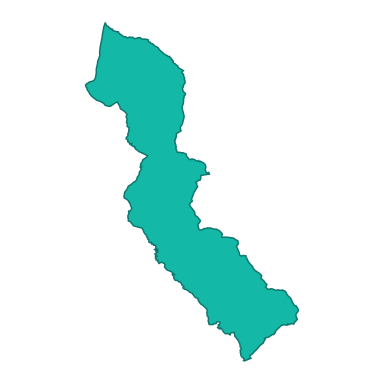 Starchiojd, Prahova, Romania (Robinson projection)
{"feature_id": "2599482B13642425667529", "entity_name": "Starchiojd", "entity_type": "district", "adm_level": 2, "iso_a3": "ROU", "parent_name": "Romania", "parent_adm1": "Prahova", "projection": "robinson", "projection_center": [26.147, 45.385], "detail": "fine", "context": "isolated", "style": "filled", "palette": "teal", "viewbox_px": 384, "rotation_deg": 0, "n_neighbors": 0, "source": "geoboundaries", "source_scale": "gbopen_adm2", "svg_char_len": 6016}
<svg xmlns="http://www.w3.org/2000/svg" viewBox="0 0 384 384"><path d="M243.5,360.4L244.2,361.0L249.9,358.7L249.7,358.4L250.9,358.2L249.7,356.5L249.7,356.0L250.7,354.9L251.9,354.4L254.2,351.8L256.7,349.5L259.8,345.6L263.2,343.1L264.2,340.7L265.3,339.3L264.6,338.2L269.0,336.9L272.2,334.6L273.5,334.6L274.7,333.5L276.0,330.6L281.3,325.5L284.1,324.7L286.9,325.2L287.6,324.8L287.8,323.8L289.0,324.7L291.3,323.5L293.7,324.1L294.9,321.7L295.5,321.6L297.3,319.2L296.0,316.2L295.9,314.2L298.0,311.5L298.4,309.7L297.4,307.8L296.5,306.9L296.4,306.1L294.2,305.3L293.2,303.3L292.6,302.8L290.8,298.3L287.3,295.1L286.1,292.4L285.0,291.1L282.4,290.0L280.6,290.4L278.3,289.9L275.7,290.3L272.1,288.8L270.2,288.9L268.3,289.5L266.1,287.6L265.6,286.8L266.5,285.8L266.8,284.1L265.7,283.7L264.4,281.5L261.2,278.4L260.9,277.3L261.6,276.5L261.5,275.4L259.6,273.5L254.8,270.3L252.8,267.6L252.8,266.9L248.6,262.2L246.0,256.8L245.9,255.8L242.5,255.5L241.3,256.1L239.6,255.0L239.2,252.6L236.4,246.0L238.3,244.1L238.0,241.1L237.4,240.5L235.3,239.6L233.6,238.1L228.1,237.3L224.3,237.1L222.6,237.4L221.9,237.2L221.8,235.9L222.3,234.4L222.1,233.5L219.5,230.8L216.6,229.2L213.7,229.1L210.3,227.9L209.1,228.2L207.8,227.7L206.4,228.4L203.7,228.7L201.5,230.2L199.8,229.8L198.6,228.6L198.0,225.6L198.0,224.3L199.7,222.3L200.5,220.7L197.1,216.5L195.5,215.7L195.3,214.9L194.7,214.4L194.8,212.5L194.0,210.9L192.9,210.1L192.8,209.4L190.8,207.1L189.5,204.9L190.4,202.9L192.4,201.0L191.6,199.6L191.6,198.8L193.6,193.8L194.0,192.2L195.4,190.5L196.0,188.9L197.7,186.7L196.8,185.5L196.8,183.8L195.8,182.4L198.4,180.5L200.3,179.9L200.9,177.4L200.6,176.0L201.0,175.4L209.4,174.1L208.7,172.4L206.9,173.1L206.5,172.9L205.2,169.7L205.9,167.1L205.2,164.5L202.7,162.3L201.6,162.1L200.6,161.3L199.5,161.7L198.6,160.5L197.6,161.1L197.0,161.1L194.4,159.6L192.3,159.0L191.4,159.0L190.5,159.6L189.3,159.4L186.6,156.2L186.0,153.9L182.7,152.7L181.6,152.9L179.7,152.3L177.3,152.3L176.5,150.6L176.6,149.8L175.8,148.6L175.8,147.9L176.4,147.0L175.6,145.8L175.8,144.7L174.6,141.2L175.2,140.6L174.9,139.5L175.7,138.8L175.7,137.4L176.4,137.0L176.4,133.7L181.1,130.8L180.5,129.3L180.3,127.3L182.3,124.1L184.1,117.1L184.0,115.6L182.5,109.8L182.1,106.8L183.1,104.1L183.6,101.1L183.5,98.4L184.2,97.4L184.0,96.2L184.2,95.7L185.3,94.8L185.5,93.6L183.4,91.6L182.8,90.3L182.5,88.0L183.5,86.6L183.3,85.1L184.1,84.4L185.2,82.4L184.7,81.5L185.0,80.6L184.2,78.9L184.6,78.1L183.4,75.6L183.6,74.5L181.5,72.3L181.7,71.8L182.3,71.7L183.4,70.6L177.8,67.4L178.0,66.4L177.3,65.5L176.4,65.1L175.3,63.9L173.7,63.2L173.0,62.5L173.4,61.5L172.6,60.0L171.4,59.8L171.5,58.5L170.0,57.6L169.7,56.5L167.9,56.5L167.4,55.7L164.4,54.2L159.1,49.5L158.8,48.6L158.0,47.6L154.9,46.0L152.7,43.9L150.9,43.3L150.1,42.2L148.8,42.1L148.3,39.9L147.9,39.6L144.2,39.0L142.8,39.2L141.3,38.7L140.0,37.5L138.7,37.9L137.8,37.6L137.0,38.2L134.7,38.7L132.5,37.2L131.7,37.5L129.4,37.0L128.3,37.8L127.4,37.9L126.7,37.7L126.0,36.8L123.9,36.7L118.9,33.2L118.5,31.8L116.5,31.7L112.8,30.5L112.6,29.2L111.1,29.3L110.9,28.5L109.7,28.2L108.2,26.5L106.4,25.6L105.6,23.3L105.2,23.0L103.9,26.6L102.4,34.6L102.2,37.0L100.3,46.5L99.6,52.0L99.8,55.7L97.6,61.5L97.6,63.0L96.3,68.9L96.3,72.9L95.4,78.1L93.6,80.8L89.4,82.0L86.0,84.4L85.6,84.9L85.7,86.2L86.9,88.3L87.3,90.0L88.4,91.3L89.8,94.0L92.0,96.6L96.8,100.3L100.6,101.5L101.6,102.3L103.8,103.3L104.6,104.7L105.6,105.5L109.0,106.3L110.8,106.1L115.1,103.0L117.4,102.0L119.8,106.4L120.4,108.8L123.3,110.5L125.4,112.3L127.0,114.5L126.1,116.6L127.1,119.4L126.5,122.0L126.6,122.8L127.4,123.7L127.2,126.6L129.2,127.5L128.7,130.0L129.0,131.2L127.8,134.0L128.1,135.1L127.2,136.7L126.2,137.6L126.2,139.0L127.9,139.9L127.7,141.7L128.8,142.2L129.9,144.1L130.7,143.5L131.7,143.6L131.0,144.9L132.7,146.2L134.9,146.9L135.1,147.3L134.8,147.8L135.5,149.0L138.1,150.8L138.5,151.5L141.4,152.5L141.9,153.1L143.7,153.5L143.8,153.9L147.5,155.7L146.3,157.5L142.9,159.7L142.0,162.2L140.7,163.7L140.5,164.5L141.1,165.4L140.7,165.9L141.2,166.1L140.4,166.5L140.7,167.1L140.4,167.5L141.4,167.8L140.9,168.9L141.1,169.8L139.6,171.7L138.9,175.0L137.2,177.4L136.7,179.7L135.3,181.4L133.8,182.1L131.2,184.4L128.3,186.2L126.9,189.4L124.7,192.2L123.9,196.7L124.3,197.3L124.3,198.0L126.7,199.3L128.6,200.9L129.0,202.2L130.0,203.4L130.7,205.8L131.7,208.0L131.4,209.3L130.7,210.3L130.0,210.6L129.6,211.8L129.1,212.0L128.7,211.4L128.5,211.8L129.0,213.6L128.3,214.6L127.9,216.0L127.9,217.7L128.4,218.9L128.3,220.9L130.4,221.8L133.5,225.8L142.4,228.3L144.1,232.6L145.0,234.0L146.6,235.5L146.7,236.9L147.8,238.1L147.9,239.4L148.8,239.8L148.9,242.0L150.4,242.9L151.4,242.4L151.8,244.0L152.4,243.6L152.9,244.4L153.6,244.3L153.6,245.2L155.7,245.5L156.0,246.6L155.7,247.8L156.1,248.4L155.1,249.2L157.3,249.1L157.9,249.9L157.6,250.6L156.5,251.2L156.5,249.6L155.3,250.1L155.8,251.3L157.7,252.1L154.9,254.0L155.7,254.4L156.2,255.4L155.6,255.6L155.6,256.7L156.7,256.6L155.4,258.1L156.3,259.3L156.2,260.0L157.4,259.9L157.9,260.2L157.6,261.0L158.2,261.2L158.2,262.3L159.1,263.5L161.2,262.2L164.4,263.5L165.0,264.7L164.5,267.0L166.9,269.9L171.6,271.8L173.9,274.1L172.7,273.8L172.2,274.2L172.7,275.3L173.9,276.3L173.8,278.2L174.8,279.9L175.3,280.3L177.8,280.6L178.8,281.9L180.5,282.1L182.1,285.2L184.1,286.9L182.9,287.9L184.5,289.2L186.0,289.5L188.3,290.8L189.3,291.9L190.6,292.7L191.9,293.0L195.2,297.4L197.9,298.5L198.2,300.3L200.5,303.8L203.2,305.6L207.0,309.4L207.2,311.1L206.8,312.8L207.2,314.2L207.2,316.0L208.4,317.1L208.4,320.3L208.1,321.2L208.8,322.1L208.7,323.6L209.4,324.6L213.1,324.6L214.0,323.6L215.9,323.7L217.0,321.8L219.2,321.8L220.1,322.5L220.0,322.8L219.6,324.1L218.3,325.0L219.1,325.4L219.2,325.8L217.6,327.5L219.0,328.7L219.7,328.5L220.0,328.9L220.5,327.9L221.8,328.9L223.2,331.6L225.3,333.7L227.9,333.6L230.1,334.9L230.4,334.7L230.3,333.7L231.2,332.7L234.2,332.5L234.9,336.5L235.8,337.2L238.3,340.6L240.0,344.5L240.2,347.0L241.4,348.4L241.4,348.8L240.2,350.1L240.5,352.1L240.3,352.8L240.8,353.6L240.7,354.6L241.2,356.1L242.4,357.5L244.1,358.6L243.9,360.0L243.5,360.4Z" fill="#14b8a6" stroke="#0f766e" stroke-width="1.5"/></svg>